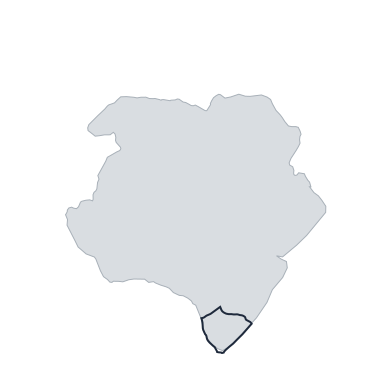 Suriname, with Marowijne highlighted, rotated 123°
{"feature_id": "SUR-67", "entity_name": "Marowijne", "entity_type": "District", "adm_level": 1, "iso_a3": "SUR", "parent_name": "Suriname", "parent_adm1": "", "projection": "albers", "projection_center": [-54.373, 5.594], "detail": "fine", "context": "in_parent", "style": "outline", "palette": "slate", "viewbox_px": 384, "rotation_deg": 123, "n_neighbors": 0, "source": "natural_earth", "source_scale": "10m", "svg_char_len": 3112}
<svg xmlns="http://www.w3.org/2000/svg" viewBox="0 0 384 384"><g transform="rotate(123 192 192)"><path d="M302.4,106.7L297.5,110.9L292.1,116.9L284.9,127.2L285.2,130.5L283.7,133.1L283.3,137.8L283.8,142.9L285.6,146.3L286.5,152.8L285.1,158.6L285.6,162.0L287.1,167.4L288.2,173.1L288.1,175.4L289.8,177.3L291.4,179.1L290.9,184.2L296.6,193.3L300.0,197.2L305.0,201.1L306.9,204.9L309.7,209.4L311.4,209.9L312.3,211.8L311.4,215.3L311.2,220.1L308.0,225.8L300.6,236.1L299.7,238.5L301.6,247.1L300.6,254.2L300.2,257.5L296.5,263.7L287.9,278.7L282.9,281.4L279.9,285.7L278.0,285.7L275.8,286.1L275.2,286.7L272.5,286.6L270.3,284.7L270.0,282.4L268.9,279.8L266.2,279.1L261.2,280.0L259.7,279.3L256.7,276.5L254.3,273.5L253.6,270.6L252.0,270.9L248.2,273.5L245.6,274.0L243.5,273.3L241.2,273.5L235.4,276.4L231.9,277.0L229.5,279.9L213.2,281.1L209.0,281.9L199.3,276.9L196.8,275.3L195.5,275.1L194.4,275.3L193.4,276.4L191.7,282.6L190.3,284.3L187.7,285.6L185.3,288.1L184.8,290.5L188.6,291.8L191.7,296.5L195.2,300.3L197.9,303.6L197.5,307.3L197.1,312.6L195.0,314.4L191.7,315.2L179.4,312.6L169.9,310.3L166.0,309.8L164.2,309.2L161.8,307.3L159.4,305.5L155.6,304.8L151.0,303.6L147.7,298.9L144.2,292.3L143.0,289.3L140.3,286.4L137.6,282.3L136.8,278.6L134.8,275.3L133.8,274.1L132.2,269.6L131.9,267.9L131.1,267.7L130.0,266.2L127.9,261.3L127.4,260.1L126.5,259.7L123.9,256.2L122.0,255.0L121.2,253.3L121.4,248.5L120.4,246.1L120.0,241.7L120.0,239.9L119.0,237.9L117.3,236.6L117.0,233.3L116.6,225.3L115.8,223.9L108.6,224.0L107.8,224.8L104.7,225.2L101.2,225.3L98.1,224.2L95.5,222.8L94.9,221.1L95.3,215.5L91.2,211.3L84.5,206.0L82.6,199.4L80.1,195.3L72.8,186.6L71.5,180.7L71.6,176.5L74.2,172.7L77.8,166.0L79.3,159.9L80.5,156.7L82.4,152.5L84.1,147.1L82.8,143.8L80.6,140.5L79.9,138.1L82.1,134.5L84.2,132.0L86.7,131.7L89.7,130.2L92.2,128.0L95.9,127.5L100.5,127.3L109.9,127.3L114.7,126.4L116.2,124.7L116.0,121.3L118.4,118.3L120.9,117.0L121.9,116.0L122.0,114.9L121.4,113.9L120.4,113.2L117.8,113.0L115.5,107.7L117.1,105.4L119.1,101.2L119.7,98.8L122.9,95.1L123.6,96.3L126.1,89.4L126.4,83.9L128.3,78.4L131.1,72.0L136.3,68.8L166.0,72.2L179.6,75.3L197.1,80.7L199.5,86.4L199.7,80.7L198.9,74.9L203.7,70.8L214.3,69.4L230.2,71.4L243.8,69.0L262.4,69.4L290.6,74.0L303.2,77.2L308.4,80.1L309.4,85.3L308.9,91.9L306.9,98.2L302.4,106.7Z" fill="#d9dde1" stroke="#a8b0b8" stroke-width="1"/><path d="M301.6,107.4L300.4,108.7L295.8,112.1L293.3,114.6L292.7,115.4L291.3,114.0L290.8,113.7L289.9,113.3L287.8,112.5L284.5,110.3L283.7,109.9L273.0,105.8L274.9,103.1L275.2,102.4L275.5,101.8L275.6,101.1L275.7,100.3L275.7,99.0L275.4,97.0L274.5,94.8L273.1,92.7L271.9,90.2L270.0,87.5L269.6,86.5L269.1,84.7L268.6,83.8L268.1,82.5L268.0,82.1L267.9,80.5L267.9,79.8L268.2,79.1L269.3,77.8L269.7,76.9L269.3,72.2L269.7,70.9L270.0,70.2L271.9,70.5L283.8,72.2L291.1,73.8L296.7,74.9L301.6,76.5L305.9,77.7L307.2,77.9L308.0,78.1L309.5,78.0L309.8,78.5L310.4,78.8L310.8,79.4L310.7,80.0L312.1,82.7L312.5,83.8L311.9,84.4L310.5,87.1L309.8,88.3L309.5,90.7L308.7,95.3L308.0,97.6L307.3,99.0L306.2,100.3L305.2,101.2L304.7,101.8L304.4,102.3L304.1,103.5L301.6,107.4Z" fill="none" stroke="#1e293b" stroke-width="2"/></g></svg>